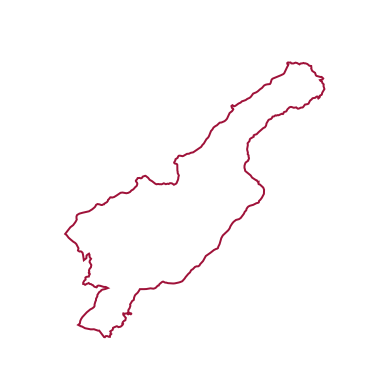 outline of North Pentecost, Penama, Vanuatu, rotated 48°
{"feature_id": "77236927B73444068942664", "entity_name": "North Pentecost", "entity_type": "district", "adm_level": 2, "iso_a3": "VUT", "parent_name": "Vanuatu", "parent_adm1": "Penama", "projection": "natural_earth1", "projection_center": [168.162, -15.542], "detail": "fine", "context": "isolated", "style": "outline", "palette": "rose", "viewbox_px": 384, "rotation_deg": 48, "n_neighbors": 0, "source": "geoboundaries", "source_scale": "gbopen_adm2", "svg_char_len": 6045}
<svg xmlns="http://www.w3.org/2000/svg" viewBox="0 0 384 384"><g transform="rotate(48 192 192)"><path d="M244.7,349.9L243.7,348.9L243.5,347.1L242.7,347.3L242.2,346.5L241.4,345.9L240.9,345.9L241.3,343.1L240.1,341.5L241.3,337.9L241.9,337.4L243.2,337.1L244.3,335.2L244.4,332.9L243.9,331.4L243.5,331.3L243.1,331.7L242.4,330.5L242.3,328.7L242.7,327.4L241.3,325.4L237.2,325.2L236.2,324.3L236.3,324.1L237.5,323.5L238.2,322.1L238.9,321.6L240.2,321.3L240.5,320.0L241.9,319.3L241.9,318.7L241.7,318.5L241.1,318.6L240.4,319.3L239.7,319.5L239.0,320.5L238.7,320.4L238.5,319.4L237.6,318.8L236.9,317.7L236.7,316.4L235.4,314.0L234.1,313.2L233.4,310.7L233.0,309.8L233.2,307.4L231.8,305.8L230.7,303.7L230.5,302.6L230.5,299.8L229.8,297.0L229.3,295.8L233.4,291.1L235.8,287.3L238.0,285.4L238.6,284.2L238.9,283.1L238.7,280.1L239.2,279.4L238.7,277.8L238.8,274.8L239.0,273.9L239.3,273.4L241.3,272.6L242.1,271.8L243.7,270.8L247.4,267.2L248.4,265.9L250.3,262.6L251.1,260.9L251.8,258.9L251.4,255.3L251.0,253.9L250.4,249.7L250.4,247.3L249.6,245.1L249.6,244.3L249.9,243.3L249.7,239.9L250.3,238.3L251.4,237.1L251.6,235.6L251.1,234.3L250.7,230.0L248.8,224.6L249.5,219.1L249.8,214.5L250.4,212.3L251.0,211.0L251.0,210.1L250.3,209.2L249.2,206.4L245.9,201.1L244.9,198.2L244.7,190.6L244.2,188.4L243.2,186.4L242.3,183.2L242.0,181.0L242.2,178.0L243.6,175.3L243.9,173.2L242.9,168.1L242.0,166.0L241.9,164.0L241.1,162.9L240.6,161.2L240.5,159.9L240.9,158.3L242.5,155.1L243.4,151.7L244.3,150.0L244.4,149.3L243.5,148.1L243.5,146.4L243.0,143.9L241.5,139.8L238.5,136.9L236.4,136.1L231.9,136.5L230.8,137.2L230.3,137.1L228.9,135.6L228.4,136.3L226.5,136.1L226.1,136.5L221.5,137.7L218.9,137.3L212.5,138.3L211.8,138.3L210.6,137.5L209.2,136.9L207.6,135.4L206.5,133.6L206.0,132.4L206.3,129.4L205.9,129.0L205.8,128.2L205.0,127.0L203.7,126.4L202.6,125.4L201.2,125.3L200.1,124.1L197.6,122.8L196.9,122.2L194.5,119.1L193.0,118.1L192.6,115.2L191.5,113.7L191.4,112.9L192.2,109.1L191.2,108.3L191.3,107.4L192.3,105.3L192.1,102.4L192.2,96.2L192.7,94.5L192.3,92.8L191.8,91.9L190.9,90.8L189.7,87.1L189.7,86.5L190.6,84.3L190.4,82.8L189.9,81.7L190.8,80.2L190.8,78.8L191.7,78.1L192.1,77.0L192.9,76.3L193.9,73.0L194.9,72.3L194.9,71.8L194.2,70.5L194.3,69.8L195.1,68.2L195.1,67.7L194.4,65.7L194.3,62.9L194.9,61.6L195.5,61.1L197.5,60.0L198.9,57.9L200.7,57.7L201.3,57.1L201.7,56.2L202.1,54.7L203.2,53.2L203.2,52.3L202.6,49.6L204.0,47.3L204.3,46.3L203.1,43.2L203.2,41.1L203.0,39.7L204.5,37.2L204.4,35.9L204.6,35.3L205.0,34.9L206.2,34.6L206.6,35.4L207.0,35.5L207.1,34.3L206.8,33.3L206.0,32.7L206.1,31.8L206.5,30.8L206.2,29.9L205.7,29.4L205.1,28.0L204.1,24.7L201.3,23.4L200.1,22.1L198.3,22.2L197.0,21.6L195.3,22.1L194.5,22.0L195.7,19.7L195.4,18.5L193.2,18.7L192.3,19.7L189.0,21.8L188.0,21.8L185.8,20.8L182.6,21.6L181.6,21.4L179.9,20.7L179.8,20.3L178.1,19.1L176.7,20.3L174.1,20.6L172.3,21.6L171.6,22.4L170.8,22.7L170.2,23.9L169.1,25.5L169.1,26.7L166.3,27.7L165.1,28.6L164.4,30.5L163.8,31.2L162.9,32.1L161.7,32.1L161.0,33.1L160.0,33.9L159.9,34.4L159.9,34.9L160.2,35.2L161.0,35.5L161.8,35.2L162.2,35.9L162.9,37.9L165.4,43.9L165.5,45.1L164.7,47.9L161.8,56.0L161.7,57.0L161.9,57.9L163.6,60.6L163.9,61.9L162.3,64.1L161.5,65.6L161.1,67.2L161.5,70.3L161.2,72.7L161.2,75.7L160.9,77.6L159.8,80.7L160.6,84.4L160.6,86.1L159.8,88.6L159.6,90.6L158.0,94.4L158.1,96.1L157.4,98.2L157.0,102.0L156.6,103.1L156.2,103.5L154.6,103.8L154.5,104.2L154.5,105.2L154.7,105.3L156.2,106.0L156.8,106.0L157.5,105.7L158.2,106.0L158.7,108.0L158.5,111.2L161.0,117.0L161.2,119.1L161.1,120.5L160.1,123.5L159.0,125.1L159.1,128.9L158.7,130.5L158.5,132.8L159.2,135.1L159.4,137.1L161.7,141.7L162.3,143.4L162.4,146.0L163.9,150.8L164.0,152.7L164.6,155.0L163.3,164.6L162.0,166.8L161.6,168.5L160.3,170.2L159.4,174.3L159.0,175.1L157.5,176.2L156.6,177.0L156.2,177.7L156.4,178.7L157.0,179.9L156.6,182.3L157.5,183.5L158.0,185.3L158.3,185.7L159.3,185.7L160.9,184.6L161.9,184.7L166.5,188.7L167.0,188.8L168.4,190.0L170.9,190.7L172.0,192.4L172.9,193.3L173.6,194.4L175.1,197.6L175.1,198.6L174.5,200.6L172.5,201.0L171.3,201.8L170.5,202.9L170.5,203.9L169.4,204.7L168.7,206.2L166.7,207.1L166.0,209.3L164.3,211.1L163.4,211.8L162.4,213.3L161.0,213.8L157.4,214.4L154.6,215.3L152.0,215.1L148.9,215.7L148.5,216.2L147.6,218.4L148.0,219.5L147.9,220.3L147.6,220.9L146.5,221.5L145.3,223.1L145.8,224.4L145.9,226.0L146.5,226.5L148.5,226.7L149.4,227.2L150.1,228.3L150.5,229.3L150.4,231.0L150.7,232.9L150.7,234.5L150.3,235.8L150.5,238.1L149.9,240.1L149.0,241.6L145.9,244.0L144.8,245.6L144.1,250.6L143.6,253.3L142.6,255.2L141.7,255.7L141.3,256.3L141.7,258.5L141.7,259.7L142.3,260.5L142.6,262.0L142.0,264.8L142.3,265.5L141.9,266.0L141.5,267.5L141.0,268.1L139.2,269.1L137.7,270.3L137.4,271.9L138.1,273.7L138.2,274.7L138.1,277.7L137.4,281.5L134.2,287.2L132.7,290.2L132.2,292.7L132.8,294.1L134.3,295.5L135.2,295.9L135.8,297.1L136.4,299.0L137.1,302.5L136.8,306.0L138.3,314.3L140.1,314.0L143.4,314.3L146.0,314.0L149.5,313.5L151.5,312.9L153.3,312.8L157.8,314.0L159.2,315.9L160.9,315.5L161.6,314.5L162.3,314.1L163.9,314.0L165.6,314.9L170.3,318.0L170.5,314.8L168.7,312.9L168.6,311.8L168.9,309.8L170.2,310.2L170.9,311.0L172.2,311.7L174.1,311.7L174.6,313.8L175.5,315.0L178.9,315.7L180.3,317.5L180.6,319.5L181.3,321.0L182.5,321.7L182.7,322.5L183.1,322.8L183.5,323.0L183.9,322.6L184.6,322.8L185.3,324.6L185.8,325.2L184.4,327.3L184.3,328.5L185.9,329.7L185.8,331.3L186.5,333.4L187.5,334.4L188.3,333.8L189.3,333.6L189.6,333.3L189.7,331.9L190.3,330.7L190.5,329.7L191.9,329.5L193.1,328.6L193.9,328.5L194.8,328.0L196.6,328.0L197.7,327.6L199.0,326.7L198.9,325.9L198.5,325.4L198.8,324.3L200.1,323.1L203.6,321.0L204.9,319.6L207.1,318.8L206.0,321.5L204.6,323.9L204.3,325.2L204.6,326.3L204.3,327.9L205.2,331.2L206.2,332.2L207.1,334.7L208.3,335.9L208.7,337.0L210.4,339.7L211.5,340.7L211.9,341.8L211.8,343.8L211.2,346.1L211.0,350.7L211.6,357.1L212.2,359.4L213.0,361.2L214.7,363.4L214.6,365.5L217.7,364.3L218.0,363.9L221.7,362.6L226.4,359.1L228.4,356.7L232.3,354.5L232.9,353.7L241.0,354.4L241.6,353.9L241.4,352.6L241.8,352.0L242.5,351.3L244.1,350.6L244.7,349.9Z" fill="none" stroke="#9f1239" stroke-width="2"/></g></svg>